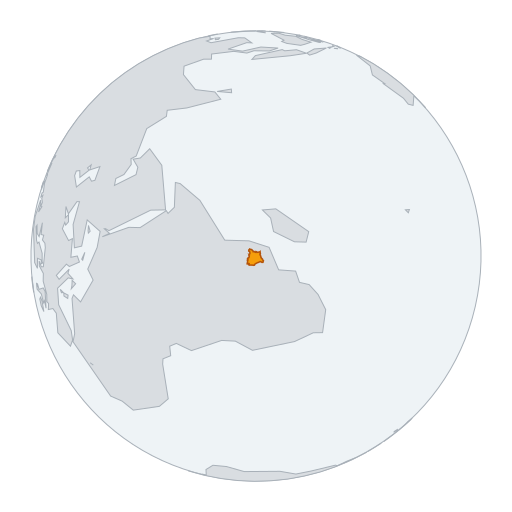 Niassa on an orthographic globe, rotated 283°
{"feature_id": "MOZ-1199", "entity_name": "Niassa", "entity_type": "Province", "adm_level": 1, "iso_a3": "MOZ", "parent_name": "Mozambique", "parent_adm1": "", "projection": "orthographic", "projection_center": [37.064, -13.372], "detail": "fine", "context": "on_globe", "style": "filled", "palette": "amber", "viewbox_px": 512, "rotation_deg": 283, "n_neighbors": 0, "source": "natural_earth", "source_scale": "10m", "svg_char_len": 8392}
<svg xmlns="http://www.w3.org/2000/svg" viewBox="0 0 512 512"><g transform="rotate(283 256 256)"><circle cx="256" cy="256" r="225" fill="#eef3f6" stroke="#a8b0b8"/><path d="M31.4,238.3L31.4,238.5L31.1,246.7L30.9,253.1L31.4,253.0L31.4,256.8L36.7,255.3L42.4,261.1L44.2,274.5L43.3,293.0L51.6,327.8L52.5,343.9L58.8,357.9L70.1,380.5L69.9,382.4L76.3,390.4L81.3,397.6L82.9,400.0L88.5,406.6L89.8,408.1L79.0,395.3L69.1,381.7L60.2,367.5L52.5,352.6L45.8,337.2L40.4,321.3L36.1,305.1L33.1,288.6L31.3,271.9L30.7,255.1L31.4,238.3ZM90.3,408.6L92.9,411.3L101.8,420.2L90.3,408.6ZM104.0,422.3L109.5,427.1L119.1,434.9L123.2,437.9L123.9,438.5L126.7,440.5L129.6,442.5L129.3,442.3L116.3,432.7L104.0,422.3ZM130.2,442.9L130.4,443.0L124.4,438.8L128.7,441.2L133.2,444.6L131.0,443.4L130.2,442.9ZM118.3,433.0L115.2,429.8L116.4,430.4L118.8,432.8L118.3,433.0ZM455.5,151.4L459.8,161.8L457.3,162.4L458.4,165.8L454.4,159.5L453.7,164.2L464.7,189.7L466.0,196.0L462.7,204.0L461.8,199.0L451.3,182.2L452.6,196.8L460.7,213.7L463.6,230.8L458.8,222.9L455.5,207.8L451.7,201.5L450.4,188.3L442.8,167.3L437.8,168.3L436.0,160.7L424.8,143.2L416.4,144.5L404.5,159.5L406.6,179.0L400.8,186.4L384.7,155.3L378.0,136.7L371.9,137.3L355.6,120.9L326.5,116.8L322.7,112.3L317.1,113.8L305.7,109.0L300.0,102.0L292.9,102.2L308.3,120.8L315.9,120.9L322.7,114.5L325.5,121.3L336.6,128.3L323.2,143.8L280.6,157.5L277.0,143.1L247.6,107.0L248.8,103.2L248.7,102.8L248.4,102.0L245.1,108.2L240.2,101.9L255.3,125.6L257.6,136.7L280.0,158.4L277.7,160.7L285.1,165.5L309.5,160.9L309.5,165.8L297.6,188.8L264.4,222.0L269.2,245.8L267.4,266.8L247.6,281.2L250.2,298.0L240.1,304.3L240.1,314.2L232.5,325.1L219.4,336.0L196.3,338.1L194.1,329.1L181.3,312.8L163.3,273.8L168.4,255.0L166.0,241.5L149.3,214.4L152.9,198.0L148.7,192.2L139.7,195.3L134.9,188.5L129.6,189.4L97.1,202.6L87.8,195.7L78.2,171.1L84.5,158.2L86.8,145.9L131.3,97.0L139.5,96.8L173.2,86.3L177.1,86.9L171.8,95.4L195.9,102.7L205.4,95.0L228.6,99.3L244.9,98.6L253.2,83.4L226.4,83.9L223.1,77.2L245.6,70.7L269.2,71.8L268.7,69.3L254.9,63.7L261.5,59.7L250.3,61.6L254.0,64.0L247.1,65.6L243.3,63.6L245.7,62.1L239.0,61.2L228.9,69.9L231.6,73.2L213.1,75.9L215.8,81.9L210.4,85.3L203.8,76.5L205.4,73.1L192.2,65.8L189.0,69.4L201.1,76.9L196.8,76.6L192.5,82.8L192.4,77.9L180.0,69.9L164.1,74.7L141.8,92.7L132.9,96.2L126.4,95.5L136.6,80.2L155.3,74.3L159.1,69.9L157.1,65.7L163.0,64.6L164.5,62.5L171.7,60.7L183.6,54.3L191.2,52.7L197.6,47.1L202.4,45.8L197.2,49.2L197.7,51.2L216.8,48.8L221.0,47.4L223.6,44.3L228.5,44.5L228.6,41.8L240.4,40.4L226.1,40.3L228.8,37.7L236.8,35.7L235.1,35.1L222.0,38.6L219.1,40.2L220.8,41.4L210.6,47.0L203.7,48.6L204.6,43.6L194.8,45.8L199.8,41.8L232.1,33.2L244.8,31.9L262.0,33.6L258.1,34.6L250.0,34.2L255.9,36.3L256.2,35.2L260.3,35.8L263.9,34.3L267.0,34.7L265.2,33.1L269.3,33.4L270.4,34.4L279.3,33.6L288.4,34.6L288.9,34.4L286.9,33.8L299.9,36.1L299.7,35.8L295.4,34.9L292.2,34.0L291.7,33.6L296.2,34.4L297.0,34.6L305.4,36.8L306.9,38.0L308.7,38.3L308.5,37.6L298.2,34.8L296.6,34.4L302.1,35.6L300.0,35.1L300.6,35.2L304.0,35.9L319.9,40.0L335.4,45.2L350.5,51.5L365.1,58.9L379.2,67.4L392.6,76.8L405.2,87.2L417.1,98.5L428.1,110.7L438.2,123.6L447.4,137.2L455.5,151.4ZM114.7,118.4L113.1,122.0L114.7,118.4ZM293.5,82.0L308.0,83.8L302.5,74.7L307.7,74.9L303.9,72.0L302.1,74.1L293.0,66.7L299.6,65.1L298.4,61.8L293.5,61.2L282.8,65.5L295.6,75.7L291.9,78.9L293.5,82.0ZM165.5,55.0L167.4,55.3L163.7,57.8L154.1,61.8L159.3,57.9L165.5,55.0ZM170.8,55.3L174.4,50.2L180.5,48.1L176.5,50.0L180.2,49.1L174.7,52.1L177.0,55.8L174.0,58.5L157.9,63.2L164.8,59.9L162.6,59.6L170.8,55.3ZM178.6,44.4L185.5,42.1L182.7,43.3L172.9,46.8L170.5,47.6L172.7,46.7L173.2,46.5L178.6,44.4ZM182.5,83.4L185.7,83.3L191.0,82.3L188.4,86.5L182.5,83.4ZM173.8,77.9L176.8,77.0L175.6,81.7L172.3,82.1L173.8,77.9ZM179.5,72.8L177.1,76.5L176.4,74.7L179.5,72.8ZM200.1,48.5L203.5,47.7L203.5,48.3L201.2,49.7L200.1,48.5ZM248.1,85.9L242.8,88.8L240.6,87.5L242.8,86.7L248.1,85.9ZM213.7,86.9L221.1,88.4L212.9,88.1L213.7,86.9ZM334.6,391.2L335.8,395.0L332.4,394.7L334.6,391.2ZM306.4,264.7L291.6,301.9L280.8,301.7L278.5,290.3L283.8,267.6L296.3,261.7L302.3,251.9L306.4,264.7ZM475.9,285.2L476.5,288.3L476.3,289.3L475.9,285.2ZM475.5,279.3L476.6,282.1L474.9,281.2L475.5,279.3ZM476.9,283.2L478.0,283.7L478.4,283.1L478.1,285.1L476.9,283.2ZM474.5,277.8L467.3,269.0L463.8,263.0L465.2,259.9L470.8,266.1L474.5,277.8ZM464.9,259.6L458.8,244.2L446.6,207.8L451.1,210.3L463.0,235.1L462.4,237.8L466.1,249.1L464.9,259.6ZM477.4,252.2L476.7,261.5L473.2,255.8L471.3,252.1L470.1,238.2L470.8,232.8L472.6,234.7L476.3,220.6L478.2,228.2L477.7,234.8L479.0,245.2L477.4,252.2ZM407.6,181.1L413.1,194.4L409.6,195.5L407.6,181.1ZM475.6,209.3L475.6,215.3L474.9,206.1L475.6,209.3ZM474.0,199.9L475.1,204.5L473.6,199.0L474.0,199.9ZM460.4,171.6L458.7,170.8L457.6,167.8L459.1,167.0L460.4,171.6ZM462.0,164.9L462.6,166.2L463.7,168.7L461.0,162.6L459.8,160.0L462.0,164.9ZM280.8,32.1L278.2,31.9L277.5,32.1L282.0,33.0L273.3,32.0L274.5,31.5L277.7,31.8L280.8,32.1ZM439.4,386.9L438.5,388.0L444.3,379.6L447.6,373.8L438.1,375.2L438.2,370.2L442.9,364.2L452.5,341.4L452.9,342.7L458.6,328.7L466.9,324.5L474.3,308.7L473.4,314.9L474.3,311.5L469.6,327.5L463.7,343.1L456.7,358.3L448.6,372.9L439.4,386.9ZM477.3,291.7L478.8,287.1L478.9,288.3L477.3,291.7ZM480.9,267.9L480.8,270.3L480.9,267.2L480.9,267.9ZM479.7,248.9L479.9,255.8L480.8,255.0L480.1,258.2L480.0,270.4L479.5,273.5L479.8,260.5L478.7,271.1L478.3,269.6L478.7,259.2L479.5,248.8L479.9,245.4L481.1,248.9L479.7,248.9ZM480.0,232.1L480.1,233.2L478.8,223.0L478.6,223.9L478.1,218.4L480.0,232.1ZM477.3,214.1L477.3,214.8L476.7,210.6L477.3,214.1ZM476.7,211.8L475.5,206.2L476.2,208.5L476.7,211.8ZM475.6,205.7L473.3,197.8L468.3,181.0L468.9,182.4L472.5,193.9L475.5,205.5L475.6,205.7Z" fill="#d9dde1" stroke="#a8b0b8" stroke-width="1"/><path d="M260.1,247.7L260.2,247.8L260.3,247.8L260.4,247.7L260.6,247.8L260.9,248.1L261.1,248.2L261.4,248.2L261.5,248.3L261.4,248.5L261.3,248.8L261.2,248.9L261.2,249.0L261.1,249.5L261.3,249.8L261.3,250.0L261.3,250.3L261.2,250.4L261.2,250.5L260.9,250.8L260.9,251.0L260.7,251.2L260.6,251.3L260.4,251.5L260.3,251.8L260.3,252.0L260.2,252.1L259.9,252.3L259.8,252.5L259.7,252.5L259.8,252.7L259.8,252.8L259.7,253.0L259.7,253.3L259.8,253.4L259.7,253.5L259.7,253.8L259.6,254.0L259.6,254.3L259.6,254.5L259.5,254.8L259.8,255.0L260.0,255.1L260.3,255.0L260.3,255.3L260.3,255.5L260.2,255.6L260.1,255.8L259.9,256.0L259.7,256.2L259.8,256.4L260.0,256.4L260.0,256.5L260.1,256.9L260.1,257.0L260.2,257.3L260.3,257.5L260.4,257.8L260.5,257.9L260.5,258.0L260.6,258.3L260.9,258.6L260.9,258.8L261.2,259.0L260.9,259.1L260.6,259.1L260.4,259.2L260.3,259.3L260.2,259.4L259.6,259.5L259.4,259.7L259.2,259.6L259.0,259.4L258.9,259.4L258.7,259.5L258.3,259.5L258.2,259.6L258.2,259.8L258.0,260.0L257.9,260.0L257.6,260.0L257.4,260.2L257.3,260.4L257.2,260.5L256.7,260.8L256.4,260.8L256.1,261.0L255.9,261.2L255.7,261.2L255.6,261.4L255.3,261.5L255.2,261.7L255.2,261.8L255.0,262.1L254.9,262.1L254.7,262.4L254.7,262.6L254.5,262.9L254.4,262.9L254.4,263.0L254.1,263.3L253.9,263.4L253.7,263.5L253.4,263.6L253.3,263.8L253.2,263.9L253.2,264.0L253.1,264.3L252.9,264.3L252.8,264.2L252.7,264.2L251.4,264.2L251.1,263.2L251.6,262.0L251.4,261.9L251.4,261.1L251.1,260.8L250.1,259.5L249.9,259.0L248.4,257.3L247.7,256.7L247.3,256.5L246.8,256.6L246.7,256.5L246.7,256.4L246.6,256.2L246.4,255.9L246.4,255.5L246.4,255.2L246.1,253.4L245.6,251.4L245.7,251.1L246.4,250.0L246.5,249.6L246.6,249.4L246.5,249.1L249.5,249.0L249.9,249.0L250.0,249.0L250.3,249.1L250.6,249.0L250.6,248.9L250.8,248.7L250.7,248.6L250.8,248.6L251.0,248.6L251.2,248.3L251.4,248.3L251.5,248.4L251.8,248.5L251.7,248.6L251.8,248.7L252.0,248.7L252.2,248.8L252.3,248.8L252.5,248.9L252.5,249.0L252.6,249.3L252.8,249.4L252.9,249.5L253.0,249.5L253.2,249.4L253.3,249.4L253.8,249.4L253.9,249.5L254.0,249.5L254.3,249.5L254.5,249.5L254.5,249.4L254.8,249.3L254.9,249.1L255.1,248.9L255.3,249.0L255.7,249.0L255.8,249.0L255.9,248.9L255.9,249.0L256.0,249.1L256.2,249.3L256.3,249.3L256.6,249.4L256.8,249.4L257.0,249.4L257.2,249.5L257.4,249.5L257.5,249.5L257.7,249.4L257.8,249.3L258.0,249.2L258.3,249.1L258.5,249.0L258.8,248.9L258.9,248.7L259.0,248.3L259.0,248.2L259.1,247.9L259.4,247.8L259.6,247.8L259.7,247.7L259.9,247.7L260.0,247.7L260.1,247.7ZM246.9,251.1L247.0,251.1L247.1,250.9L247.1,250.7L246.9,250.7L246.8,250.9L246.7,251.0L246.8,251.1L246.9,251.1ZM246.4,250.6L246.4,250.8L246.5,250.9L246.7,250.7L246.4,250.6Z" fill="#f59e0b" stroke="#b45309" stroke-width="1.5"/></g></svg>